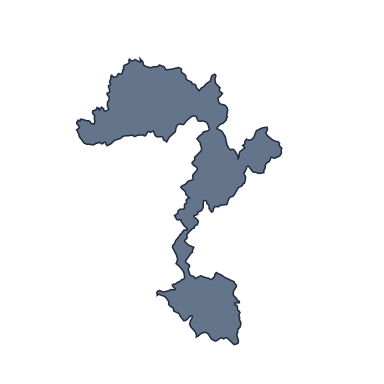 Caratinga, Minas Gerais, Brazil, rotated 225°
{"feature_id": "56859067B96917379778032", "entity_name": "Caratinga", "entity_type": "district", "adm_level": 2, "iso_a3": "BRA", "parent_name": "Brazil", "parent_adm1": "Minas Gerais", "projection": "mercator", "projection_center": [-42.127, -19.689], "detail": "fine", "context": "isolated", "style": "filled", "palette": "slate", "viewbox_px": 384, "rotation_deg": 225, "n_neighbors": 0, "source": "geoboundaries", "source_scale": "gbopen_adm2", "svg_char_len": 6092}
<svg xmlns="http://www.w3.org/2000/svg" viewBox="0 0 384 384"><g transform="rotate(225 192 192)"><path d="M159.4,286.4L163.5,286.6L164.2,288.1L165.8,288.5L167.0,288.3L169.0,286.7L173.0,285.6L179.3,285.2L181.8,286.3L182.3,288.7L183.1,289.9L184.7,290.9L187.5,287.3L189.5,282.1L189.7,280.4L186.8,274.2L187.2,270.2L188.5,268.9L190.8,267.9L190.7,266.2L190.1,264.7L188.7,263.7L189.1,260.7L185.8,260.7L186.7,254.5L186.0,252.8L183.6,250.2L183.2,248.2L185.3,250.0L191.5,251.5L192.9,251.3L194.0,250.5L194.7,248.9L197.3,249.0L200.9,250.2L207.5,254.6L213.7,256.1L219.2,254.5L219.8,255.8L220.0,258.4L219.4,261.2L218.6,262.7L218.7,267.4L219.8,268.3L220.1,270.2L221.4,270.4L224.7,275.2L227.1,276.5L228.8,276.7L230.3,276.6L233.8,274.4L235.7,274.3L237.5,274.9L240.1,276.7L239.7,280.3L240.2,283.4L243.5,282.8L244.9,283.5L246.0,285.6L248.4,285.3L249.4,285.7L250.8,285.4L252.6,285.8L255.7,288.1L257.1,290.9L258.3,291.5L259.6,291.0L260.1,288.0L257.6,283.3L258.5,278.8L258.2,274.6L259.0,272.0L258.5,268.7L262.5,268.9L265.0,270.2L266.3,270.0L268.3,268.6L270.1,269.4L274.9,267.7L276.3,267.9L278.7,269.8L281.7,269.8L283.4,269.1L284.6,269.5L286.3,271.5L287.8,271.2L289.6,270.5L293.0,264.7L296.4,260.5L297.5,259.9L299.3,260.7L300.7,260.7L304.9,258.7L304.8,257.0L305.3,256.0L307.9,253.1L309.1,250.7L312.7,248.5L315.3,247.6L316.4,247.8L319.0,249.4L322.9,249.5L320.3,247.8L321.2,246.9L325.8,245.5L326.6,242.6L328.2,241.8L330.2,241.7L329.7,240.4L327.8,239.0L328.1,237.1L329.5,233.6L329.1,232.2L326.9,230.4L327.3,229.2L326.2,228.4L325.4,225.9L326.1,224.3L327.5,224.1L327.7,222.5L327.0,221.5L327.0,219.7L328.8,217.8L331.4,217.8L331.3,216.6L329.3,214.4L328.4,211.8L327.1,211.0L326.0,210.8L325.4,209.6L326.3,208.4L325.3,207.2L323.0,206.3L320.8,204.1L321.9,201.6L320.9,200.9L318.2,200.6L316.9,199.7L316.0,198.7L315.3,195.9L312.7,192.9L309.2,191.6L310.4,187.8L311.7,187.2L313.3,188.4L315.9,188.0L315.9,186.3L315.2,184.8L316.2,184.2L317.4,185.3L318.9,184.6L318.0,183.3L318.7,180.3L319.6,179.4L318.6,177.9L317.4,177.3L315.0,177.2L313.0,174.8L311.4,173.9L309.9,172.3L309.3,170.7L312.1,169.2L313.4,169.6L315.4,169.5L316.6,168.1L321.2,165.7L322.4,164.5L321.3,163.2L322.2,162.2L323.3,162.2L322.7,159.6L321.7,158.7L319.7,158.8L317.7,158.3L317.1,156.9L317.6,154.4L313.9,153.2L310.7,151.4L302.6,150.3L301.6,151.0L300.2,151.2L298.5,153.2L296.9,154.0L294.5,156.5L294.5,158.2L293.0,160.4L292.6,161.9L290.1,162.0L289.3,163.3L289.3,165.3L288.2,165.7L286.6,164.9L284.8,164.7L283.4,168.6L283.2,174.0L280.4,179.3L280.4,180.9L279.5,183.9L276.4,187.2L274.8,189.8L271.7,190.7L270.5,193.8L267.3,197.4L265.0,198.2L264.8,199.7L265.9,203.3L265.4,204.3L263.7,204.6L262.7,207.4L261.5,207.4L258.4,206.0L257.0,206.0L255.7,206.3L252.5,209.7L251.0,210.0L249.1,208.7L246.8,209.5L245.3,209.5L246.8,214.2L246.4,222.8L248.7,226.1L249.6,228.5L249.4,230.3L248.4,231.8L246.0,233.2L245.6,234.9L246.2,237.3L246.0,242.6L245.6,244.9L245.0,246.4L243.7,247.8L242.1,248.2L238.2,246.6L236.4,247.5L234.7,249.9L231.3,251.5L227.5,250.7L226.2,249.6L224.6,249.4L224.0,247.8L224.1,246.2L226.3,243.0L226.4,241.8L225.8,240.3L226.4,236.6L226.2,233.2L220.7,232.5L219.2,231.2L216.6,230.0L215.4,228.8L214.6,227.3L214.7,218.5L212.8,216.5L212.8,213.4L212.4,212.3L209.5,212.0L206.4,212.7L204.8,212.3L204.0,211.2L203.5,204.8L202.3,203.3L200.8,202.5L200.2,201.0L202.5,196.7L202.1,194.1L202.3,192.3L203.6,188.5L203.1,187.3L196.7,187.5L194.8,186.0L189.6,185.9L190.5,184.8L190.4,182.0L189.1,181.5L188.0,180.1L188.6,178.4L187.9,177.1L185.8,175.2L186.0,173.7L188.3,171.4L188.5,168.8L187.0,166.5L187.7,163.0L183.4,161.8L182.2,162.3L180.3,164.5L179.1,163.6L174.0,162.6L169.3,162.7L168.4,161.9L170.7,159.5L170.7,157.4L170.0,156.4L170.3,153.4L169.8,152.3L169.2,146.1L167.9,143.6L167.8,140.4L166.7,139.1L158.6,136.5L154.4,134.2L152.6,130.1L148.7,130.5L143.0,130.0L140.5,129.1L136.8,126.4L136.1,124.4L137.4,122.7L137.1,120.9L138.3,118.0L138.8,114.8L139.9,113.8L140.3,112.5L139.1,111.7L135.1,111.5L135.3,110.2L138.1,108.0L138.5,106.1L141.4,101.0L145.3,99.4L146.1,97.8L145.7,95.7L144.5,95.4L143.6,94.3L143.4,95.8L142.2,96.7L137.4,98.8L135.7,98.9L131.5,98.2L130.3,97.5L129.1,96.0L127.1,95.8L123.3,96.7L120.8,94.9L115.1,96.9L112.9,96.0L106.8,95.1L105.8,96.4L105.4,98.3L105.5,102.5L105.2,103.8L104.1,104.4L102.8,103.0L102.0,99.7L100.5,97.2L97.8,95.8L90.7,95.4L87.1,93.7L86.5,92.5L85.9,93.9L85.5,98.5L84.0,101.4L83.0,102.5L79.7,103.1L74.5,101.7L70.7,102.7L69.5,103.9L68.6,108.9L67.4,110.1L65.8,110.5L65.2,112.4L64.2,113.7L54.4,113.8L52.9,116.3L52.6,118.0L54.1,119.8L58.5,122.1L60.2,123.7L60.4,125.0L62.7,127.5L62.4,128.9L62.5,130.6L64.7,133.9L68.5,135.5L69.6,137.0L71.9,138.0L72.8,140.7L74.5,141.1L76.0,140.7L79.3,143.3L80.3,143.5L81.4,142.6L82.8,142.9L83.0,144.2L80.2,147.0L81.0,148.1L82.1,148.0L83.1,147.3L85.3,148.2L89.2,148.2L90.5,148.8L92.7,151.5L93.7,156.4L94.8,157.5L97.7,157.6L98.8,158.3L108.6,154.7L113.3,153.9L114.7,153.1L117.8,152.3L117.8,150.5L116.2,147.8L116.4,144.1L117.2,143.0L119.1,142.9L122.1,140.9L126.6,138.9L128.5,133.1L131.0,133.5L133.7,132.1L135.0,132.0L139.6,134.4L140.6,135.4L141.2,137.9L142.7,138.5L146.3,137.7L147.7,138.5L149.5,148.3L149.0,149.6L150.3,150.8L151.6,154.2L157.0,151.9L161.6,151.9L162.9,152.5L163.1,153.9L162.7,155.3L163.3,156.6L165.4,157.8L165.7,160.4L165.9,165.5L165.7,166.9L164.9,167.7L165.7,169.0L165.9,171.1L165.1,172.5L165.6,173.8L166.3,175.3L167.6,176.0L170.4,176.2L172.5,175.7L173.9,176.3L172.5,179.3L172.5,180.7L173.7,182.1L172.4,184.6L172.3,186.3L173.3,189.1L177.6,193.7L176.6,195.4L175.4,195.8L173.3,194.4L170.6,194.6L168.3,192.4L164.0,191.6L163.4,193.0L165.0,195.3L165.4,198.0L162.8,200.3L162.8,201.8L162.1,203.3L158.5,207.8L159.2,209.5L160.0,210.3L161.3,214.0L161.4,215.3L160.0,218.0L160.2,220.0L162.3,227.9L161.2,231.0L161.1,232.6L161.7,234.2L161.1,235.2L163.1,238.7L165.0,240.7L167.9,241.5L168.9,242.4L168.8,244.0L169.7,245.2L169.8,246.8L171.0,247.9L170.9,249.5L170.0,250.2L163.4,249.2L162.2,249.8L160.9,250.9L157.7,252.5L154.9,256.4L156.7,258.5L156.8,260.0L159.1,262.9L159.6,264.2L159.7,265.7L159.0,267.7L159.2,269.3L160.7,272.6L157.4,274.2L155.5,279.5L156.1,282.6L158.5,284.6L159.4,286.4Z" fill="#64748b" stroke="#1e293b" stroke-width="1.5"/></g></svg>